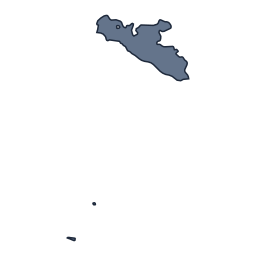 the Province of Agrigento
{"feature_id": "ITA-5417", "entity_name": "Agrigento", "entity_type": "Province", "adm_level": 1, "iso_a3": "ITA", "parent_name": "Italy", "parent_adm1": "", "projection": "mercator", "projection_center": [13.389, 36.616], "detail": "fine", "context": "isolated", "style": "filled", "palette": "slate", "viewbox_px": 256, "rotation_deg": 0, "n_neighbors": 0, "source": "natural_earth", "source_scale": "10m", "svg_char_len": 2274}
<svg xmlns="http://www.w3.org/2000/svg" viewBox="0 0 256 256"><path d="M188.7,78.8L183.6,79.3L182.9,79.5L181.4,80.4L180.6,80.7L177.1,80.2L172.1,76.3L169.1,75.1L165.6,74.4L162.7,73.1L160.2,71.3L153.4,64.5L151.0,62.8L148.2,61.9L144.5,61.3L141.6,60.3L139.1,58.7L135.2,55.5L131.8,53.5L130.3,52.0L129.5,51.5L128.5,51.1L127.6,50.7L125.6,46.8L125.2,46.4L123.4,45.4L122.5,44.2L121.8,43.6L120.9,43.3L120.5,43.0L119.7,41.6L119.3,41.3L109.5,39.9L108.3,40.5L107.4,40.6L106.7,40.2L106.2,39.2L105.7,37.2L105.3,36.4L103.2,34.1L100.7,33.0L96.8,32.5L97.7,29.4L98.4,25.2L97.0,24.6L96.8,23.5L97.8,20.8L100.7,18.1L104.0,16.0L106.3,15.4L107.5,15.6L107.9,16.1L109.8,19.1L111.3,20.1L116.1,19.8L120.3,21.2L121.5,22.3L122.7,25.5L123.6,26.9L124.7,27.5L125.3,27.7L125.8,27.6L126.1,27.2L126.5,26.1L126.8,25.7L127.4,25.5L129.3,25.6L130.1,25.1L131.6,23.7L132.4,23.4L133.4,24.0L133.2,25.6L131.5,30.2L132.4,33.9L133.0,35.3L133.9,36.0L137.4,34.2L137.7,32.8L135.9,30.6L136.3,28.6L137.5,28.1L138.9,27.1L139.9,25.9L141.0,25.0L153.4,25.4L157.0,24.3L158.1,23.3L159.1,20.7L159.8,19.9L160.7,19.9L164.1,21.4L165.3,21.8L166.7,21.8L168.0,22.2L169.2,23.0L170.2,24.3L170.9,25.5L171.1,26.8L170.9,27.9L169.9,28.6L164.1,31.3L162.3,31.5L161.5,31.2L160.7,30.7L160.0,30.4L159.2,31.0L159.0,32.6L160.8,36.2L160.7,38.4L160.3,40.1L160.0,40.5L159.7,40.8L159.4,40.9L158.8,41.0L158.1,41.2L157.4,41.7L156.9,42.4L156.8,43.3L157.0,44.1L157.4,44.4L159.6,44.3L160.4,44.7L162.1,46.0L163.3,46.6L164.6,46.8L172.6,46.4L173.3,46.7L173.7,47.3L174.4,49.7L176.2,49.5L176.7,49.5L177.1,49.9L178.1,51.1L178.1,51.5L176.7,52.5L176.0,53.4L176.1,54.1L178.8,56.6L179.7,57.1L180.4,57.1L181.9,56.9L182.6,57.1L183.2,57.7L184.6,59.9L185.1,60.3L186.5,61.4L187.1,62.4L187.2,63.6L186.9,64.9L184.8,69.5L184.7,70.5L184.8,71.4L185.2,72.2L187.6,75.1L188.3,76.7L188.7,78.8ZM117.9,28.4L119.1,28.1L119.7,27.3L119.5,26.3L118.3,25.6L117.4,25.6L116.8,25.9L116.6,26.8L117.0,28.3L117.9,28.4ZM75.0,238.6L74.9,238.8L75.1,239.4L74.9,240.3L74.1,240.6L73.5,240.4L73.1,240.1L72.7,240.1L69.7,238.8L68.1,238.3L67.3,237.9L67.9,237.4L69.7,237.5L70.6,237.7L74.3,238.1L74.9,238.3L75.1,238.4L75.0,238.6ZM94.1,202.8L94.6,202.8L95.2,203.4L95.4,204.4L95.1,204.8L93.8,204.8L93.4,204.4L93.0,203.8L93.0,203.2L93.6,202.9L94.1,202.8Z" fill="#64748b" stroke="#1e293b" stroke-width="1.5"/></svg>